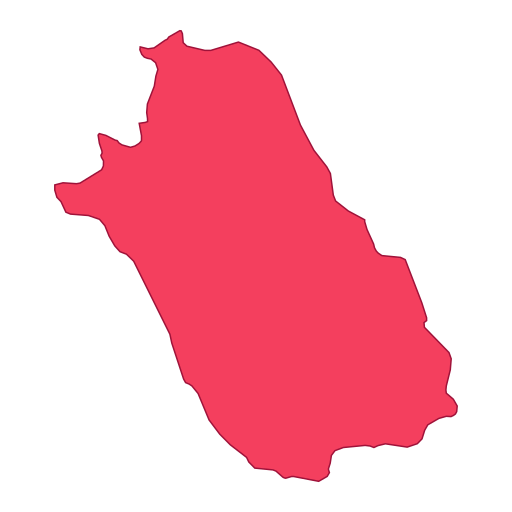 the Province of Fars
{"feature_id": "IRN-3212", "entity_name": "Fars", "entity_type": "Province", "adm_level": 1, "iso_a3": "IRN", "parent_name": "Iran", "parent_adm1": "", "projection": "natural_earth1", "projection_center": [52.93, 29.426], "detail": "fine", "context": "isolated", "style": "filled", "palette": "rose", "viewbox_px": 512, "rotation_deg": 0, "n_neighbors": 0, "source": "natural_earth", "source_scale": "10m", "svg_char_len": 1865}
<svg xmlns="http://www.w3.org/2000/svg" viewBox="0 0 512 512"><path d="M179.8,30.7L181.2,30.9L182.4,33.6L183.2,42.7L186.9,46.2L204.8,50.4L210.8,50.4L238.3,42.1L238.5,42.1L258.9,50.3L271.1,62.0L281.5,75.1L300.4,125.0L313.9,150.3L326.8,166.9L330.4,173.5L333.3,195.1L335.6,201.0L348.3,211.0L364.7,219.8L364.7,221.7L367.0,229.5L373.6,244.0L374.5,247.8L376.3,251.1L378.3,253.2L381.9,255.6L400.5,257.4L405.2,259.6L421.8,302.8L426.6,317.8L426.6,320.6L424.0,322.6L424.4,327.3L449.0,352.6L451.2,358.8L450.3,369.8L446.3,385.9L445.9,390.0L446.3,393.2L453.3,399.2L457.2,406.0L456.7,411.6L455.4,414.0L453.5,415.4L451.0,416.6L446.3,416.3L438.9,418.4L427.8,424.8L424.7,430.2L422.0,438.9L417.3,443.7L407.2,447.1L385.4,443.8L378.0,445.6L373.9,447.5L370.1,446.0L365.1,445.4L343.4,447.5L335.0,450.6L331.4,455.4L330.2,463.2L328.5,468.6L328.5,469.7L329.4,472.6L327.2,476.4L318.7,481.3L293.7,476.5L291.6,476.5L285.7,478.2L284.3,477.9L282.9,477.2L276.0,471.1L273.0,469.9L254.8,468.1L248.8,462.0L246.6,457.4L230.3,444.8L219.8,434.2L209.1,420.0L198.1,393.5L191.9,385.9L189.2,384.1L185.6,382.6L183.6,379.0L171.8,343.1L169.9,334.2L133.7,261.2L126.5,254.2L120.0,251.7L114.8,245.9L109.2,236.3L104.9,225.7L99.5,219.3L88.4,215.5L70.5,214.1L65.9,212.2L61.0,201.6L56.9,197.3L54.8,190.2L54.8,185.2L54.8,184.9L63.0,182.8L76.5,183.7L80.0,183.1L101.6,169.8L103.4,166.0L103.5,160.9L101.5,157.4L100.9,155.3L102.1,153.2L101.9,150.9L99.4,143.4L98.1,135.1L99.3,133.6L105.9,135.4L115.1,140.1L117.2,140.6L119.0,143.0L122.0,144.9L130.5,147.3L135.0,146.0L139.0,143.5L141.1,141.3L141.5,140.4L141.5,135.7L139.2,123.3L145.3,122.4L147.6,121.6L147.5,118.4L146.7,112.6L147.4,104.0L154.3,86.2L155.9,76.1L157.9,69.4L155.6,62.7L151.0,59.0L147.4,58.3L144.3,57.1L141.8,54.4L139.9,49.8L140.2,46.9L148.0,48.8L154.1,47.9L165.0,40.3L167.3,39.2L168.8,37.0L179.8,30.7Z" fill="#f43f5e" stroke="#9f1239" stroke-width="1.5"/></svg>